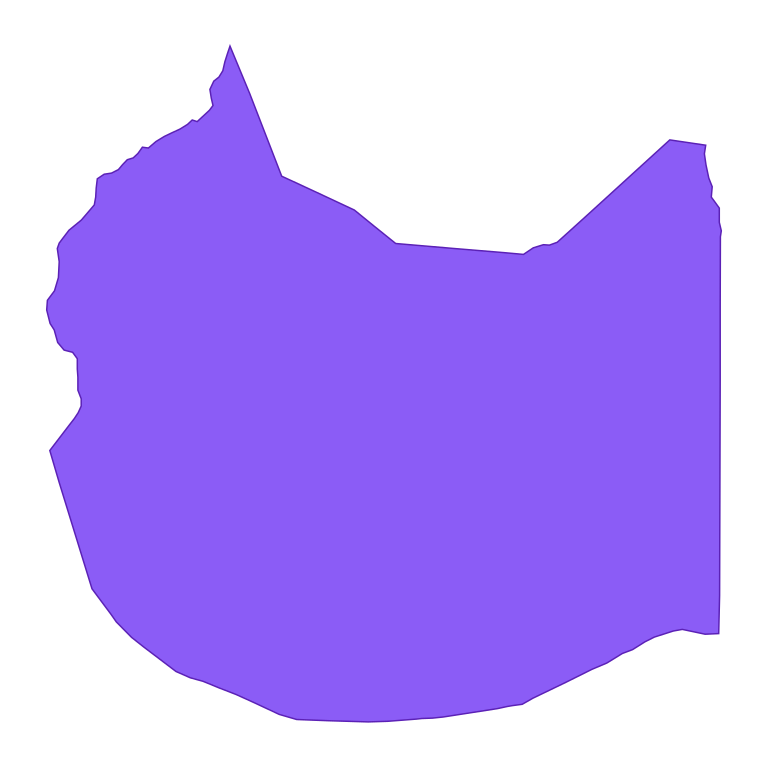 Araripe, Ceará, Brazil
{"feature_id": "56859067B60365327714715", "entity_name": "Araripe", "entity_type": "district", "adm_level": 2, "iso_a3": "BRA", "parent_name": "Brazil", "parent_adm1": "Ceará", "projection": "robinson", "projection_center": [-40.113, -7.215], "detail": "fine", "context": "isolated", "style": "filled", "palette": "violet", "viewbox_px": 768, "rotation_deg": 0, "n_neighbors": 0, "source": "geoboundaries", "source_scale": "gbopen_adm2", "svg_char_len": 1627}
<svg xmlns="http://www.w3.org/2000/svg" viewBox="0 0 768 768"><path d="M705.7,145.2L669.8,139.9L586.4,215.9L566.4,234.0L557.2,242.3L549.4,245.1L543.4,244.7L533.3,247.8L523.5,254.4L503.6,252.6L454.1,248.5L395.7,243.5L373.7,225.8L354.3,210.0L343.4,204.9L312.6,190.5L281.7,176.2L266.1,135.9L249.8,93.8L230.0,46.1L227.5,53.5L224.9,61.7L222.8,70.8L218.9,77.1L213.8,81.1L209.9,89.4L211.3,98.2L213.0,105.5L209.4,110.3L197.2,121.6L192.2,120.0L187.5,124.4L179.9,129.1L172.1,132.7L164.4,136.4L156.0,141.5L148.4,148.0L142.4,147.2L137.9,153.5L133.2,157.9L127.3,159.7L122.7,164.5L118.4,169.6L111.5,173.1L104.2,174.2L97.3,178.8L96.2,188.1L95.7,197.0L94.3,204.9L85.6,215.1L81.3,220.1L69.0,230.2L62.5,238.7L59.2,243.1L57.3,248.5L59.2,261.7L58.4,277.6L54.5,290.8L47.4,300.3L46.7,310.0L50.1,323.5L54.2,329.9L57.7,342.5L64.1,350.1L72.6,352.3L77.3,358.7L77.3,369.1L77.9,377.3L77.9,390.2L81.2,398.8L81.2,406.1L78.2,412.7L74.3,418.6L69.1,425.3L49.8,450.5L59.2,482.5L92.0,588.8L111.0,614.3L116.3,621.9L131.6,637.4L143.6,646.9L176.0,671.5L190.3,677.8L203.0,681.3L219.8,688.2L236.1,694.5L244.5,698.3L255.5,703.3L279.2,714.4L296.7,719.5L328.1,720.7L368.2,721.9L387.6,721.3L416.3,719.1L421.8,718.5L432.6,718.1L443.2,717.0L497.5,708.6L507.2,706.5L512.5,705.6L522.2,704.3L532.7,698.3L566.1,682.2L592.0,669.3L606.9,663.0L622.3,653.5L632.6,649.6L644.8,641.9L654.3,637.1L673.4,631.0L682.3,629.4L692.8,631.6L705.1,634.2L718.7,633.6L719.6,595.4L720.2,380.1L720.2,307.6L720.4,236.8L721.3,230.8L719.3,222.3L719.3,208.1L715.2,202.4L711.3,197.1L712.2,186.7L708.8,178.1L706.0,164.9L704.4,153.8L705.7,145.2Z" fill="#8b5cf6" stroke="#5b21b6" stroke-width="1.5"/></svg>